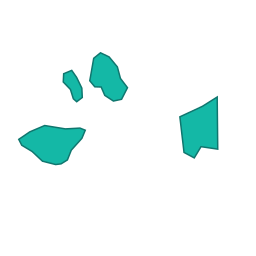 SVG path tracing the border of Mont Fleuri, rotated 211°
{"feature_id": "SYC-5215", "entity_name": "Mont Fleuri", "entity_type": "state/province", "adm_level": 1, "iso_a3": "SYC", "parent_name": "Seychelles", "parent_adm1": "", "projection": "mercator", "projection_center": [55.496, -4.623], "detail": "fine", "context": "isolated", "style": "filled", "palette": "teal", "viewbox_px": 256, "rotation_deg": 211, "n_neighbors": 0, "source": "natural_earth", "source_scale": "10m", "svg_char_len": 705}
<svg xmlns="http://www.w3.org/2000/svg" viewBox="0 0 256 256"><g transform="rotate(211 128 128)"><path d="M166.9,62.8L171.2,59.4L184.2,55.5L198.1,58.5L210.2,58.5L215.8,62.0L210.2,74.1L200.7,87.2L181.2,95.0L169.1,103.2L163.5,104.1L162.2,95.4L165.2,79.8L163.5,69.4L166.9,62.8ZM55.8,136.5L67.4,135.9L89.3,164.3L75.4,184.9L67.5,200.5L40.2,156.1L55.8,149.6L55.8,136.5ZM177.7,146.2L185.1,148.8L193.3,170.1L190.3,178.3L180.8,179.2L168.6,174.9L160.0,166.6L149.2,162.3L148.3,149.3L154.4,143.6L164.7,144.0L172.1,149.3L177.7,146.2ZM185.5,124.1L189.9,124.9L197.2,131.4L207.2,134.1L211.1,141.4L205.9,148.4L198.1,144.9L188.1,138.4L182.9,130.6L185.5,124.1Z" fill="#14b8a6" stroke="#0f766e" stroke-width="1.5"/></g></svg>